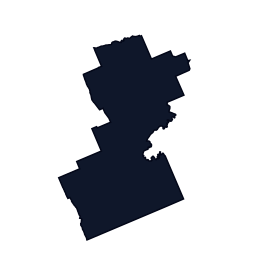 Loxton Waikerie, South Australia, Australia (Robinson projection), rotated 67°
{"feature_id": "25037944B91781040485830", "entity_name": "Loxton Waikerie", "entity_type": "district", "adm_level": 2, "iso_a3": "AUS", "parent_name": "Australia", "parent_adm1": "South Australia", "projection": "robinson", "projection_center": [140.079, -34.476], "detail": "fine", "context": "isolated", "style": "filled", "palette": "ink", "viewbox_px": 256, "rotation_deg": 67, "n_neighbors": 0, "source": "geoboundaries", "source_scale": "gbopen_adm2", "svg_char_len": 5668}
<svg xmlns="http://www.w3.org/2000/svg" viewBox="0 0 256 256"><g transform="rotate(67 128 128)"><path d="M215.0,104.6L179.0,104.7L168.5,104.7L168.5,104.9L168.4,105.1L168.0,105.0L167.7,105.0L166.1,105.4L165.4,105.4L165.1,105.5L164.9,105.7L164.8,106.1L164.9,106.5L165.6,107.6L165.6,107.9L165.5,108.1L165.3,108.3L165.0,108.3L164.2,108.2L163.6,108.0L162.8,107.5L162.5,107.7L162.4,108.1L162.6,108.3L163.3,108.5L163.8,108.8L164.0,109.1L164.1,109.4L164.3,109.6L164.7,109.8L165.4,109.6L165.6,109.8L165.7,110.0L164.3,110.4L164.1,110.4L164.0,110.6L164.1,110.8L164.2,111.1L164.5,111.2L165.1,110.9L165.3,110.9L165.7,111.3L165.8,111.6L165.8,112.1L165.9,112.3L166.2,112.4L166.4,112.2L166.8,111.0L167.1,110.7L167.6,110.7L168.0,111.0L168.1,111.3L168.2,111.6L168.2,112.0L167.5,112.8L167.5,113.1L167.5,113.5L167.6,113.8L168.1,114.2L168.1,114.3L167.8,114.9L167.4,115.1L165.7,115.3L165.0,115.5L164.4,115.6L163.9,115.8L163.8,116.0L163.7,116.2L163.8,116.6L164.2,117.0L164.3,117.2L164.2,117.8L164.3,118.0L164.8,118.4L165.6,118.5L166.1,118.4L166.6,118.1L167.0,118.5L167.3,118.9L167.4,119.1L167.2,119.4L167.0,120.7L166.6,121.4L166.4,121.6L165.9,121.8L165.3,121.8L165.0,121.9L164.8,122.2L164.9,122.5L165.1,123.0L164.2,123.7L163.8,123.8L163.0,123.8L162.6,123.7L162.2,123.5L161.8,123.6L161.6,123.7L161.6,123.9L161.8,124.5L160.8,125.0L160.5,125.0L160.2,125.0L159.9,124.8L159.5,124.3L159.2,124.4L159.1,124.5L159.2,125.0L158.2,124.8L157.8,124.6L157.4,124.3L156.7,123.6L155.7,122.9L155.5,122.6L155.4,122.3L155.3,121.7L155.2,119.9L155.3,118.4L155.3,118.0L155.1,117.7L154.8,117.5L153.9,117.4L153.7,117.2L153.5,116.8L153.6,116.5L153.8,116.3L154.3,116.0L154.4,115.8L154.4,115.5L154.3,115.3L153.7,115.1L153.5,114.9L153.5,114.6L154.1,114.5L154.2,114.4L154.3,114.2L154.2,113.8L153.4,113.3L152.9,113.0L152.5,112.9L152.0,112.9L151.7,113.0L150.7,113.5L150.4,113.5L149.3,113.3L149.1,113.3L148.6,113.6L148.1,114.0L147.8,114.6L147.6,115.5L147.4,115.9L147.2,116.0L145.2,113.8L144.1,111.9L142.9,110.2L142.6,109.5L142.3,108.8L141.9,107.1L141.7,106.7L141.3,106.3L140.7,105.5L140.4,105.0L140.3,104.6L140.3,104.2L140.9,103.1L141.0,102.9L140.9,102.2L140.7,101.5L140.0,100.7L139.5,99.8L138.9,98.5L138.8,98.1L138.9,97.4L139.2,96.5L139.5,96.0L140.1,95.5L140.6,95.4L140.8,95.4L141.7,95.8L142.2,95.9L142.4,95.9L142.8,95.5L142.8,95.3L142.8,95.0L142.5,94.5L142.0,94.1L141.4,93.9L141.2,93.5L141.2,93.3L141.3,93.1L141.9,92.9L142.1,92.6L142.3,92.3L142.4,91.8L142.0,91.4L141.7,91.2L140.8,91.3L140.6,91.2L140.4,90.7L140.1,90.4L139.8,90.3L139.6,90.3L139.0,90.6L138.8,90.5L138.7,90.4L138.9,90.0L139.0,89.5L138.9,89.1L138.4,88.3L138.3,88.1L137.7,88.1L137.4,88.2L136.8,88.8L136.6,88.9L136.4,88.9L136.1,88.8L136.0,88.7L136.0,88.1L136.2,87.7L136.3,87.6L137.9,86.7L138.3,86.3L138.5,85.8L138.5,85.3L138.4,85.0L138.1,84.6L137.5,83.8L137.3,83.8L135.9,83.8L135.7,83.6L135.4,83.4L135.2,83.1L135.2,82.8L135.4,82.2L135.5,82.0L136.0,81.7L136.5,81.6L136.8,81.3L136.8,81.1L136.6,80.9L136.4,80.7L135.5,80.5L135.0,80.3L134.8,79.8L134.8,79.2L134.7,78.9L134.4,78.9L134.1,78.9L133.9,79.0L132.0,81.0L131.1,81.7L130.7,82.3L130.1,82.8L129.6,83.7L129.4,83.8L128.5,83.6L128.0,83.3L126.5,82.0L125.8,81.6L124.6,81.1L124.2,81.2L123.3,81.7L122.7,82.1L122.0,82.9L121.8,82.8L119.6,81.9L119.6,63.7L99.0,64.0L98.7,49.0L97.6,47.9L91.5,47.3L89.8,44.8L89.4,46.7L81.3,46.6L81.2,56.4L81.1,56.5L79.2,58.9L73.7,58.9L73.7,79.5L48.4,79.6L48.5,80.3L48.4,80.6L48.2,80.9L47.6,81.1L47.3,81.3L47.2,83.7L47.0,84.6L46.8,85.4L45.8,87.2L45.1,87.9L45.4,88.9L45.6,89.9L46.0,90.7L46.1,91.1L46.1,91.5L45.9,91.9L45.3,92.7L45.0,93.2L45.0,93.5L45.0,94.4L44.9,94.8L44.6,95.2L44.1,95.5L43.9,95.8L44.1,96.5L44.7,97.3L45.1,97.5L46.0,97.7L46.1,98.3L46.0,98.7L45.7,99.1L45.0,99.3L45.2,100.0L45.5,100.5L46.0,100.8L46.6,100.9L46.6,101.0L46.1,101.7L45.8,102.4L44.5,103.6L43.7,104.7L43.4,105.1L43.1,105.7L43.0,106.5L43.1,107.5L42.9,108.4L43.0,109.0L43.4,109.7L43.7,109.9L44.5,110.4L44.6,110.5L44.7,110.8L44.2,112.4L43.9,113.2L43.5,114.9L43.0,115.9L43.1,116.6L42.9,117.6L42.8,119.0L42.3,120.4L42.2,120.9L42.3,123.1L42.1,124.3L42.2,125.5L41.9,126.5L41.2,127.3L41.0,127.9L40.9,128.1L43.3,128.1L43.6,128.2L60.9,128.2L60.9,130.6L60.8,130.8L61.0,130.9L61.1,131.1L60.9,131.9L61.1,132.2L61.1,133.3L61.2,148.1L62.3,148.4L63.6,148.4L66.4,148.7L68.9,148.7L71.7,149.0L72.1,148.9L73.8,148.9L74.9,148.6L76.5,148.4L77.1,148.3L78.3,148.5L79.0,148.6L79.9,148.8L80.3,149.1L81.0,149.2L82.0,149.2L82.4,149.1L82.8,149.1L83.1,149.2L85.1,149.6L85.7,149.8L85.9,149.8L86.2,149.9L87.5,150.0L87.8,150.2L91.1,149.5L91.5,149.2L100.1,147.0L100.1,143.3L104.9,143.3L111.6,141.7L115.9,141.7L115.9,156.3L115.5,156.4L114.9,156.3L114.5,156.4L114.5,161.5L138.8,161.5L138.8,188.3L146.7,188.4L146.7,211.2L157.4,211.2L158.5,211.0L159.3,211.1L160.2,210.9L160.8,211.1L163.6,210.9L163.9,210.9L164.8,211.1L165.9,211.0L167.7,211.0L168.4,210.8L169.3,210.8L169.3,208.7L169.9,208.7L172.3,208.2L172.7,208.3L173.1,208.5L173.5,208.5L173.8,208.3L173.9,208.2L174.3,208.4L174.6,208.4L175.4,208.2L175.6,208.0L176.1,208.0L176.5,208.0L177.2,207.7L178.1,207.7L178.5,207.5L178.7,207.3L180.4,207.0L180.9,206.6L181.1,206.7L181.7,206.5L182.8,206.6L183.1,206.5L184.0,206.5L184.3,206.7L184.5,206.7L186.4,206.7L187.1,206.8L188.7,206.8L188.8,206.9L190.6,206.5L192.2,207.7L193.4,206.2L193.6,206.3L194.0,206.4L194.5,206.3L195.0,206.7L195.0,206.8L195.3,207.3L195.6,207.2L195.9,207.4L196.1,207.4L196.8,208.0L197.2,208.4L197.4,208.8L197.6,208.9L198.3,209.0L198.6,209.3L199.0,209.4L199.4,209.3L200.6,209.1L200.9,209.0L201.4,209.0L202.4,209.1L202.9,209.3L203.4,209.4L203.9,209.3L204.6,209.3L205.6,209.1L207.0,209.2L207.6,209.1L208.4,209.4L209.2,209.4L213.0,209.1L214.0,209.4L215.0,209.5L215.1,122.3L215.0,104.6Z" fill="#0f172a" stroke="#020617" stroke-width="1.5"/></g></svg>